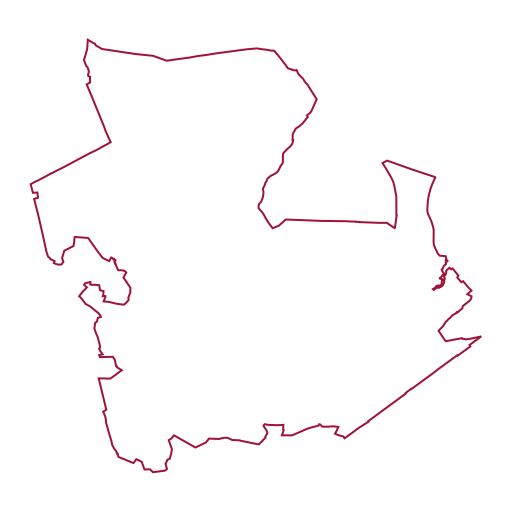 outline of Naudītes pag., Dobele, Latvia
{"feature_id": "27541924B70535382823435", "entity_name": "Naudītes pag.", "entity_type": "district", "adm_level": 2, "iso_a3": "LVA", "parent_name": "Latvia", "parent_adm1": "Dobele", "projection": "mercator", "projection_center": [23.169, 56.558], "detail": "fine", "context": "isolated", "style": "outline", "palette": "rose", "viewbox_px": 512, "rotation_deg": 0, "n_neighbors": 0, "source": "geoboundaries", "source_scale": "gbopen_adm2", "svg_char_len": 5940}
<svg xmlns="http://www.w3.org/2000/svg" viewBox="0 0 512 512"><path d="M103.2,411.6L105.2,416.5L105.8,419.1L105.9,420.8L106.0,422.5L108.6,431.7L111.5,441.4L112.1,444.7L114.3,448.8L116.0,450.9L117.1,453.6L117.4,453.2L117.6,453.4L118.4,456.9L133.5,463.1L136.3,459.2L141.7,461.8L144.5,469.5L150.0,469.3L152.9,472.2L164.7,470.7L167.0,469.0L165.5,463.8L166.1,462.8L167.5,459.6L169.7,458.8L171.2,453.8L171.9,449.1L168.7,440.2L169.9,439.5L171.6,438.3L172.9,436.5L174.1,435.4L195.4,447.5L205.9,442.5L209.0,438.6L219.5,439.0L220.2,438.6L224.4,437.7L227.7,437.9L232.3,440.0L239.5,440.3L239.6,440.5L253.6,443.4L258.9,444.4L263.0,440.3L263.0,440.1L265.5,437.7L265.3,436.7L267.3,433.3L266.7,430.7L264.0,426.7L263.5,425.6L264.7,424.2L268.3,424.9L269.4,424.9L277.1,425.2L279.8,425.1L283.3,424.9L283.2,425.2L283.2,429.7L283.7,430.2L281.9,435.3L292.3,435.3L306.0,429.3L309.4,428.0L318.6,425.6L319.1,424.8L319.1,424.3L319.9,424.3L322.3,426.6L322.7,426.7L327.7,426.7L333.6,426.3L338.3,427.0L336.6,430.8L335.0,433.7L337.4,434.8L343.4,436.5L344.6,438.3L359.1,427.7L368.5,421.7L368.2,421.2L405.8,393.5L405.6,393.0L407.5,391.5L411.2,388.8L411.4,389.0L416.1,385.6L434.8,371.9L438.3,369.1L457.2,355.3L457.6,355.7L470.3,346.5L469.5,345.0L481.3,336.4L471.1,338.6L465.7,339.4L464.5,339.0L462.0,338.7L461.9,338.2L445.6,341.2L438.6,330.9L439.4,329.9L443.1,326.1L444.5,323.9L445.7,321.7L446.8,321.0L448.9,318.7L450.6,317.4L451.5,316.3L451.9,315.6L455.9,313.3L457.0,312.0L457.5,312.5L462.4,308.2L462.7,306.2L470.1,300.3L470.7,299.4L471.1,298.5L471.4,297.5L471.5,296.3L467.3,294.2L471.5,290.6L469.1,288.2L465.9,284.5L463.1,281.2L461.3,282.2L457.3,277.5L458.3,275.4L457.6,274.9L457.3,274.2L452.7,268.6L452.5,268.4L451.1,269.3L449.4,267.8L446.8,270.1L446.1,270.9L446.3,272.2L445.6,274.7L444.9,275.5L444.1,275.9L444.0,276.4L444.8,278.7L444.0,281.0L444.3,281.9L443.8,283.2L443.3,283.8L443.1,284.8L442.7,285.4L441.1,286.7L440.5,286.9L438.9,287.8L438.6,287.7L438.1,287.2L437.1,287.7L436.1,288.3L435.2,288.6L434.9,289.0L433.9,289.9L432.9,289.1L434.1,288.3L435.2,287.9L436.2,286.2L438.7,285.4L440.1,285.6L441.4,284.7L441.9,281.0L442.7,279.4L439.9,278.6L439.8,277.9L440.9,277.4L443.0,274.5L443.6,274.3L443.8,273.9L443.8,273.1L443.5,272.5L442.9,272.1L441.7,269.9L441.7,269.6L442.8,268.7L443.1,267.5L443.6,266.3L444.2,265.6L445.6,264.4L446.0,263.8L445.7,262.9L445.7,262.4L445.9,261.7L445.7,260.8L445.8,260.4L446.5,261.0L447.0,261.4L447.5,260.9L446.6,260.0L445.7,256.2L439.6,255.6L437.8,253.6L434.3,246.2L433.9,244.6L433.6,242.6L433.6,239.3L433.7,231.0L433.6,229.8L433.3,227.6L433.0,226.6L431.6,222.0L430.6,219.6L427.9,213.6L427.4,211.6L427.3,209.7L427.8,201.9L428.3,198.0L429.0,194.5L430.2,189.9L431.6,185.8L432.6,183.3L435.3,177.4L434.8,177.0L411.9,169.4L387.1,160.6L382.5,163.1L386.1,168.7L391.1,177.3L393.4,182.1L394.2,185.5L396.3,196.1L396.4,215.4L396.7,215.4L394.9,227.8L394.6,228.1L386.7,222.8L380.3,222.9L359.4,222.1L359.4,221.9L355.7,221.8L355.7,221.5L351.2,221.5L345.9,221.2L321.3,220.9L285.8,219.5L283.2,221.9L280.3,224.3L279.1,225.6L272.6,228.2L268.7,223.0L266.0,218.8L263.8,214.6L262.9,213.3L261.7,211.7L258.6,208.2L258.6,206.0L258.8,204.7L259.5,203.5L260.8,202.1L261.4,201.1L262.3,198.9L262.9,196.8L263.4,194.0L263.4,192.1L263.0,189.0L263.0,188.6L263.2,188.1L264.4,185.8L265.3,183.1L266.6,180.9L267.1,179.2L267.5,178.7L269.5,176.8L271.7,175.3L272.6,175.0L276.7,172.6L277.5,171.8L278.3,170.7L279.9,167.5L280.9,165.5L282.4,163.6L282.6,163.0L282.8,162.3L282.9,161.5L282.9,156.6L283.0,154.9L283.2,153.8L283.5,153.0L286.8,149.4L290.1,146.6L291.0,145.6L291.9,144.3L292.5,143.1L292.7,142.2L293.2,140.0L292.5,139.9L292.7,138.1L292.6,136.2L292.6,135.1L292.7,134.6L293.4,132.8L295.6,128.9L296.1,128.3L298.8,126.6L302.3,123.7L307.8,117.0L306.9,115.4L310.2,112.8L311.5,110.9L316.7,99.3L308.9,86.9L308.0,85.3L307.2,84.3L305.4,82.5L304.7,81.5L303.3,79.1L298.3,73.8L296.5,70.0L295.5,70.4L294.8,70.4L293.6,70.2L292.6,69.7L292.5,69.9L287.8,68.2L285.1,64.3L279.1,56.6L274.2,50.7L270.6,50.6L268.5,50.0L265.2,49.6L264.2,49.4L264.1,49.5L260.6,49.0L256.9,48.4L246.8,49.3L215.2,53.5L207.4,54.8L198.1,56.0L189.9,57.5L166.6,60.7L153.1,55.8L136.1,54.1L102.0,49.0L95.9,45.5L94.9,43.6L94.4,43.6L87.8,39.8L87.2,48.9L85.5,55.1L83.9,60.0L86.3,66.1L87.5,67.2L88.8,70.8L88.7,73.0L88.1,74.1L88.3,76.1L90.1,76.9L89.9,80.4L90.2,82.5L86.7,84.4L91.7,96.3L104.0,126.5L105.8,131.6L110.7,142.1L107.4,144.1L102.0,146.9L99.6,148.4L96.0,150.3L90.4,152.9L62.3,167.9L58.7,169.6L50.2,174.0L50.2,173.9L45.5,176.5L37.0,181.0L36.2,181.2L30.7,184.2L32.9,192.8L37.4,192.5L38.0,197.7L34.1,198.9L38.2,214.9L42.8,235.1L46.4,251.5L48.0,256.5L49.8,258.1L50.4,259.1L54.6,261.1L53.8,263.0L56.2,264.1L58.7,264.6L61.1,264.5L62.0,264.0L62.2,263.4L63.4,261.9L62.1,258.0L64.3,250.7L73.5,246.0L74.1,242.5L74.4,238.6L74.7,237.2L74.8,237.0L87.8,237.9L88.3,238.2L97.5,251.2L102.6,257.9L109.2,261.1L111.2,257.5L112.2,258.0L112.3,258.2L112.8,258.5L113.3,258.6L113.1,258.9L113.3,259.2L113.6,259.0L114.1,259.0L114.4,260.0L115.1,260.0L114.9,260.6L115.3,260.5L115.3,261.1L115.2,261.5L114.6,262.1L114.7,262.7L115.1,263.1L114.9,263.6L115.0,263.9L115.7,264.1L115.8,264.7L117.8,269.6L118.3,270.1L118.8,270.3L121.1,270.2L124.4,270.8L125.6,271.6L125.9,272.2L126.3,272.6L123.4,277.4L130.4,287.8L130.3,292.5L128.4,297.5L128.6,300.0L126.3,302.6L124.2,304.5L122.8,304.6L116.9,303.8L108.8,301.9L103.6,301.4L105.4,297.0L105.4,296.1L103.7,296.0L102.8,296.2L103.3,294.5L103.5,291.1L100.1,290.3L99.2,285.2L95.8,284.8L93.8,284.7L92.2,284.9L90.3,284.5L90.5,282.4L90.4,282.0L85.2,283.2L84.1,284.9L86.9,287.4L82.5,291.9L79.2,296.2L81.4,298.4L85.7,304.0L90.3,306.5L96.8,311.9L98.2,312.9L99.9,314.8L100.9,316.9L97.8,317.9L97.0,321.5L95.1,322.9L94.4,328.5L96.1,333.5L97.7,337.1L99.3,343.1L100.2,347.2L99.1,348.8L99.7,349.5L100.1,350.8L102.6,354.3L99.2,355.1L99.8,357.1L112.9,356.8L114.9,360.1L116.1,366.2L116.8,366.2L117.1,367.4L121.8,370.2L110.5,378.5L107.5,378.6L104.3,378.4L98.7,378.4L106.3,409.7L103.2,411.6Z" fill="none" stroke="#9f1239" stroke-width="2"/></svg>